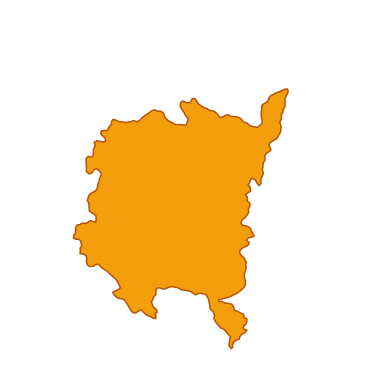 Poté, Minas Gerais, Brazil (Natural Earth projection), rotated 116°
{"feature_id": "56859067B81291889337924", "entity_name": "Poté", "entity_type": "district", "adm_level": 2, "iso_a3": "BRA", "parent_name": "Brazil", "parent_adm1": "Minas Gerais", "projection": "natural_earth1", "projection_center": [-41.769, -17.806], "detail": "fine", "context": "isolated", "style": "filled", "palette": "amber", "viewbox_px": 384, "rotation_deg": 116, "n_neighbors": 0, "source": "geoboundaries", "source_scale": "gbopen_adm2", "svg_char_len": 4659}
<svg xmlns="http://www.w3.org/2000/svg" viewBox="0 0 384 384"><g transform="rotate(116 192 192)"><path d="M190.2,301.8L192.8,299.2L195.3,299.3L198.2,298.9L200.2,297.6L202.6,297.0L204.9,297.7L205.4,300.7L207.3,301.7L209.6,301.4L212.1,299.8L214.9,298.4L217.1,297.3L219.9,295.9L220.9,292.3L218.2,290.0L215.6,290.0L212.8,288.6L213.6,285.0L214.9,281.8L217.8,280.9L220.1,281.1L222.6,280.5L225.0,280.1L227.3,279.7L229.9,278.8L232.5,278.9L235.4,280.6L237.4,282.2L239.3,283.0L241.9,283.0L245.5,282.4L247.6,279.5L251.0,277.8L254.0,276.0L254.6,273.2L254.8,270.5L255.6,267.8L258.3,266.4L261.3,265.2L262.0,268.1L262.1,270.9L265.0,272.3L267.1,274.0L268.1,277.0L270.5,278.6L272.3,281.0L275.0,281.0L277.9,279.6L280.6,278.6L282.5,279.3L285.5,278.2L285.4,275.8L284.2,273.2L284.7,270.5L286.9,269.1L288.7,267.4L291.6,267.9L293.7,266.7L296.5,265.5L295.2,262.3L295.8,259.1L298.2,257.3L301.0,256.3L303.5,253.9L303.8,251.2L301.9,248.1L299.7,246.8L298.2,245.2L298.6,242.4L299.8,240.1L299.9,237.0L300.3,233.3L301.5,230.7L302.2,228.4L302.8,225.9L303.5,223.0L304.7,220.6L306.3,218.2L307.9,216.3L309.6,214.4L312.5,215.8L314.8,217.8L316.9,219.3L318.7,216.7L319.5,214.0L319.7,210.9L318.6,207.9L318.8,205.0L320.4,202.2L322.6,198.9L324.4,196.3L325.5,194.3L326.4,192.0L325.4,189.6L323.1,188.3L320.2,186.1L321.4,182.9L322.3,179.6L322.4,176.9L322.3,174.3L322.4,171.9L321.6,169.0L319.1,170.1L317.9,172.0L315.3,170.7L313.2,172.3L312.5,176.0L310.4,178.4L308.6,180.4L306.1,180.0L303.1,180.4L300.6,179.6L298.3,180.1L296.0,181.6L293.7,181.4L292.2,178.9L292.0,176.0L291.0,173.9L289.1,172.3L287.1,170.6L285.7,168.0L284.9,165.1L284.2,162.4L284.6,158.8L283.5,155.3L282.3,151.7L282.1,148.5L282.9,144.0L280.3,141.7L278.7,138.5L278.1,134.5L280.1,131.6L281.5,129.7L283.5,128.4L285.3,126.9L287.1,125.7L289.2,124.3L289.9,121.6L291.4,119.3L293.6,117.2L296.0,117.1L298.5,113.7L300.2,109.8L301.6,106.5L301.3,103.6L302.4,100.7L303.8,97.7L305.2,94.1L308.3,93.2L311.1,92.6L313.9,91.4L315.6,88.2L313.7,87.3L311.3,88.7L308.1,88.6L305.5,87.1L303.5,85.1L301.0,85.5L297.9,85.0L295.4,82.8L292.2,82.2L292.4,85.9L289.7,86.8L287.5,85.7L284.4,86.0L282.1,87.1L281.9,90.2L279.3,92.0L279.5,96.2L279.3,99.3L279.9,102.1L277.4,103.8L275.5,106.9L276.2,110.6L277.6,114.3L277.3,117.4L278.7,119.7L276.8,120.9L275.1,118.3L272.9,115.7L270.6,112.9L267.8,110.6L265.4,108.9L263.1,107.0L259.8,105.3L257.5,104.4L255.2,103.5L252.2,103.4L248.6,104.9L246.4,107.0L243.8,108.6L240.4,109.5L237.2,109.9L235.2,110.8L233.4,112.1L231.3,112.5L229.7,114.5L228.2,116.9L227.5,119.6L226.3,121.8L224.1,123.4L220.9,122.4L217.1,119.8L214.8,118.1L212.5,118.4L211.4,121.8L208.6,121.4L206.6,118.7L204.3,116.8L202.7,119.1L201.3,121.4L199.1,123.4L198.5,126.9L199.1,129.9L199.7,132.6L198.2,134.6L195.2,134.5L192.5,133.3L189.2,132.5L187.0,132.2L184.8,132.4L182.8,133.8L180.4,133.8L178.0,134.2L176.4,135.6L175.9,138.4L173.6,139.4L171.9,140.6L171.0,142.8L168.5,141.5L165.6,139.7L162.5,141.6L160.7,144.8L158.0,144.4L155.3,144.8L153.5,143.7L153.1,140.8L155.5,137.5L156.8,134.4L154.0,133.8L150.8,135.5L147.7,135.9L145.1,135.8L143.2,136.6L141.3,138.4L138.4,139.3L134.6,140.8L131.3,140.3L129.0,141.9L126.5,142.4L123.8,141.7L121.9,140.3L119.4,139.6L117.2,142.2L115.7,143.8L113.3,143.6L111.0,142.0L109.1,141.0L106.9,139.1L101.8,138.8L98.6,138.8L96.6,139.7L94.1,140.7L92.1,142.5L90.5,144.1L88.1,143.5L85.5,144.4L82.6,145.8L80.7,145.2L77.8,146.2L74.2,145.9L71.6,147.4L69.5,148.0L67.5,149.4L64.9,149.4L62.1,149.4L59.4,149.6L57.6,151.4L59.4,154.2L62.1,156.0L64.7,158.6L66.5,160.4L68.6,161.6L70.4,163.1L72.5,164.0L75.1,164.0L77.3,163.7L79.3,164.7L81.0,166.1L83.7,167.2L87.3,165.5L90.2,164.6L92.5,163.4L94.6,162.4L96.1,160.9L98.3,159.7L100.5,159.2L102.4,160.3L105.1,161.3L106.2,164.6L106.9,168.7L106.1,172.7L106.5,176.3L105.4,178.6L104.5,181.4L104.9,185.2L106.1,187.9L106.9,190.2L106.7,193.1L108.1,195.5L110.7,197.0L112.6,198.9L111.9,201.6L110.7,203.8L109.6,207.2L110.8,211.3L110.5,215.2L110.9,219.0L110.5,222.5L109.9,225.2L108.1,227.7L106.9,230.1L107.8,232.7L109.9,232.7L112.6,232.9L114.1,236.1L114.2,240.1L116.6,241.4L119.8,240.4L122.0,237.4L124.0,234.0L126.4,230.8L127.8,227.7L130.5,226.8L132.7,226.9L134.8,226.9L136.1,231.1L137.7,234.4L138.8,236.7L138.3,239.7L138.5,242.4L138.0,245.6L137.1,248.6L135.0,250.7L133.3,253.0L133.3,255.9L134.5,258.9L134.5,261.5L136.5,263.8L139.8,265.4L142.9,267.3L144.8,268.2L147.3,269.6L149.8,270.0L153.1,272.3L153.5,276.0L155.8,277.7L157.1,280.0L158.7,282.2L159.4,285.0L160.7,287.9L160.8,292.1L161.4,294.8L164.4,295.2L166.4,294.0L168.9,295.0L172.2,295.0L174.2,295.5L175.1,297.8L177.0,300.3L180.0,299.3L181.0,295.7L182.0,293.4L183.9,292.2L186.1,293.4L186.7,296.8L187.7,299.8L190.2,301.8Z" fill="#f59e0b" stroke="#b45309" stroke-width="1.5"/></g></svg>